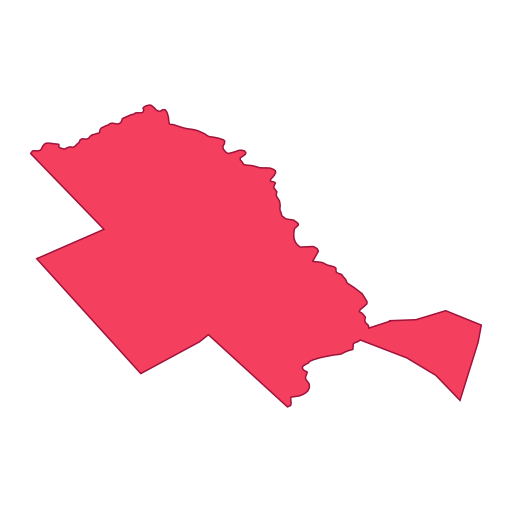 the district of Hveragerðisbær, Suðurland, Iceland
{"feature_id": "244011B51739533992730", "entity_name": "Hveragerðisbær", "entity_type": "district", "adm_level": 2, "iso_a3": "ISL", "parent_name": "Iceland", "parent_adm1": "Suðurland", "projection": "robinson", "projection_center": [-21.201, 64.001], "detail": "fine", "context": "isolated", "style": "filled", "palette": "rose", "viewbox_px": 512, "rotation_deg": 0, "n_neighbors": 0, "source": "geoboundaries", "source_scale": "gbopen_adm2", "svg_char_len": 4711}
<svg xmlns="http://www.w3.org/2000/svg" viewBox="0 0 512 512"><path d="M157.4,110.6L155.7,109.6L154.7,108.2L153.4,107.1L151.3,105.4L150.1,105.1L148.9,105.1L148.0,105.4L146.3,105.7L145.4,106.2L144.2,106.8L143.8,107.3L143.5,107.6L143.2,107.8L143.1,108.2L143.3,109.0L143.4,109.5L143.8,110.1L143.7,110.6L143.2,111.5L142.9,112.1L142.3,112.6L141.2,112.8L140.0,112.8L139.0,112.8L138.1,112.8L136.8,112.8L135.9,112.9L135.0,113.2L134.5,113.6L134.0,114.0L132.8,114.4L131.8,114.5L130.6,114.9L128.3,116.0L126.0,116.9L124.0,117.9L122.4,118.6L121.8,120.5L121.0,122.1L120.0,123.1L119.5,123.5L119.4,123.5L118.7,123.8L117.6,123.9L116.3,123.9L115.5,123.7L114.8,123.6L113.5,123.3L112.6,123.2L111.7,123.2L110.4,123.5L109.7,123.8L108.8,124.6L108.5,125.0L108.3,125.3L107.1,125.3L106.2,125.6L105.2,126.1L104.2,126.7L103.4,127.0L102.7,127.3L101.9,127.6L101.2,128.2L100.7,128.8L100.3,129.4L100.0,130.2L99.7,131.3L99.7,131.8L99.4,132.7L98.8,133.1L98.0,133.3L97.8,133.3L96.4,133.6L95.1,134.1L93.9,134.5L92.4,134.7L91.7,135.2L90.3,136.2L89.6,137.0L89.2,137.5L88.8,138.3L88.7,138.4L87.7,138.7L86.7,139.1L85.5,139.1L84.8,139.0L84.0,138.9L83.4,138.8L82.8,138.8L82.6,138.8L81.5,139.0L80.6,139.7L79.9,140.3L79.8,140.8L79.4,141.6L79.1,142.4L78.5,143.0L77.7,143.6L77.0,144.1L75.9,145.3L75.1,146.2L74.6,146.5L73.6,147.0L72.3,147.3L71.7,147.1L70.7,146.9L69.1,147.1L68.6,147.3L67.0,147.7L66.5,148.1L65.9,148.5L65.3,148.8L64.5,149.0L63.4,148.9L61.0,148.2L59.9,147.8L59.7,147.6L59.1,147.0L58.9,146.8L58.8,145.6L58.9,145.0L58.8,144.4L57.7,144.1L56.3,144.0L53.9,143.8L52.4,143.5L52.1,143.5L49.4,143.2L48.5,143.1L47.7,143.1L46.9,143.2L46.0,143.3L45.1,143.7L44.3,144.3L43.5,145.2L42.9,145.9L42.4,147.0L42.0,147.7L41.7,148.5L41.0,149.5L40.1,150.2L39.2,150.6L38.4,150.8L37.2,150.9L36.7,150.8L35.9,150.8L34.8,150.8L33.8,150.7L33.1,150.8L32.4,151.1L32.0,151.7L31.4,152.4L30.7,153.6L103.0,228.3L104.0,229.3L37.1,258.5L36.7,258.7L140.8,373.6L142.6,372.6L199.5,341.8L208.4,334.7L286.9,406.4L287.5,406.9L290.6,405.5L291.1,403.6L291.0,401.8L290.9,400.6L290.7,398.1L291.1,397.1L293.5,396.8L297.2,396.2L298.9,396.0L302.5,394.7L305.4,393.1L308.0,390.7L309.4,387.5L309.3,384.7L308.9,383.4L306.1,379.8L305.4,377.7L306.2,375.1L307.2,372.7L306.9,371.7L304.6,370.8L302.9,369.2L302.4,368.0L302.7,366.4L303.9,365.5L305.9,364.3L307.9,363.2L308.7,362.8L308.9,362.3L309.3,361.7L310.4,361.0L311.7,360.5L313.2,359.8L315.6,359.1L319.8,357.8L324.3,356.8L333.2,355.1L338.9,354.4L341.2,354.0L344.8,352.1L349.2,350.4L350.1,350.2L352.8,349.4L353.3,344.3L353.4,343.8L353.8,343.3L354.5,343.0L355.6,342.4L356.6,342.1L357.8,341.7L360.3,340.0L406.8,357.9L435.8,375.3L460.0,400.4L478.0,342.6L478.2,341.9L481.3,325.1L480.1,324.6L445.7,310.7L416.0,319.7L389.8,320.7L390.0,321.2L369.1,328.0L368.8,328.1L368.5,325.6L367.4,324.3L365.8,323.1L365.2,321.8L364.7,320.3L365.4,317.2L362.4,313.5L359.4,311.7L360.0,309.9L364.8,305.8L366.9,303.8L367.0,301.5L362.2,293.8L354.0,287.5L347.1,283.0L345.7,279.6L343.1,276.5L341.5,274.4L337.4,273.0L336.4,272.3L335.9,270.1L336.0,268.4L334.6,267.1L332.3,266.3L327.9,265.2L326.8,264.9L323.8,263.2L321.8,262.4L320.4,262.3L318.0,261.9L314.9,261.7L312.7,261.3L318.4,251.3L317.5,249.2L316.6,248.3L313.3,246.5L300.2,247.1L300.0,246.9L297.2,244.7L295.3,242.0L294.2,239.0L293.8,235.9L293.8,232.9L294.5,228.6L297.4,226.0L298.4,225.0L298.1,223.5L296.2,221.9L294.9,221.2L294.2,220.3L292.0,219.8L289.4,219.5L287.6,219.2L286.1,218.9L285.3,218.4L284.8,218.1L284.1,217.7L283.5,217.0L282.9,216.7L282.2,216.1L281.7,215.3L281.4,214.4L281.0,212.6L280.7,211.7L280.0,210.2L279.9,207.9L280.2,206.0L279.9,203.2L279.6,201.5L279.1,200.3L277.0,197.1L276.2,195.0L276.8,191.8L274.8,189.0L273.8,187.8L274.0,185.9L275.2,183.5L275.4,183.1L274.9,182.6L274.1,182.1L273.2,181.8L272.4,181.6L272.2,181.6L271.2,181.4L270.5,181.1L270.4,179.9L270.9,179.1L272.3,177.6L274.2,175.4L275.7,172.5L275.3,170.7L273.5,169.4L270.2,168.1L266.8,167.9L263.6,167.9L260.5,167.8L258.9,167.5L254.5,166.2L252.0,165.7L251.1,165.5L246.4,165.1L246.0,165.0L244.0,164.6L243.6,164.2L243.0,163.5L241.8,161.5L241.1,160.7L240.2,159.8L240.3,157.9L245.3,154.4L245.8,152.6L244.6,151.0L243.3,150.6L242.2,150.3L239.9,150.2L238.1,150.6L236.1,151.4L232.4,152.5L229.0,153.3L228.4,153.5L227.1,153.0L225.3,151.7L223.2,148.8L222.9,146.0L224.4,143.8L224.7,141.0L223.4,139.8L218.6,138.2L213.6,137.2L211.1,136.9L208.9,136.5L207.1,135.6L205.5,134.3L202.9,133.0L198.8,131.1L195.1,129.9L191.8,129.3L187.7,128.8L184.0,128.0L180.7,127.0L178.1,126.2L174.0,124.8L171.8,124.4L170.3,124.4L169.7,124.2L169.4,123.8L169.1,123.0L168.7,119.8L168.4,117.1L167.4,113.5L166.6,111.7L166.0,110.9L165.3,109.9L164.0,109.6L162.8,109.8L162.5,109.9L162.1,110.0L161.4,110.6L160.3,111.1L159.2,111.3L157.4,110.6Z" fill="#f43f5e" stroke="#9f1239" stroke-width="1.5"/></svg>